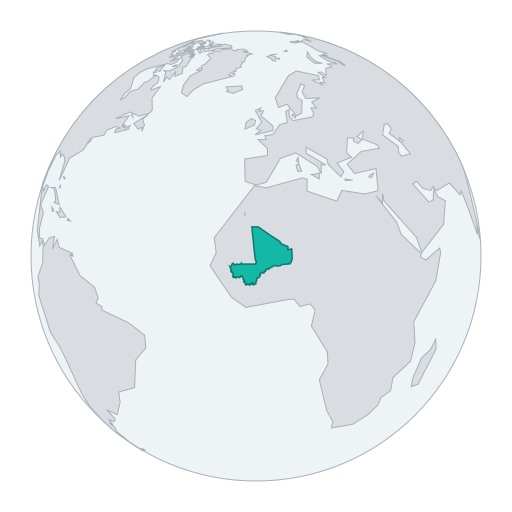 Mali on an orthographic globe
{"feature_id": "MLI", "entity_name": "Mali", "entity_type": "country or territory", "adm_level": 0, "iso_a3": "MLI", "parent_name": "Africa", "parent_adm1": "", "projection": "orthographic", "projection_center": [-5.437, 17.569], "detail": "fine", "context": "on_globe", "style": "filled", "palette": "teal", "viewbox_px": 512, "rotation_deg": 0, "n_neighbors": 0, "source": "natural_earth", "source_scale": "50m", "svg_char_len": 13885}
<svg xmlns="http://www.w3.org/2000/svg" viewBox="0 0 512 512"><circle cx="256" cy="256" r="225" fill="#eef3f6" stroke="#a8b0b8"/><path d="M223.4,33.1L221.2,33.5L194.8,39.5L192.7,41.3L171.7,51.7L176.0,50.5L170.8,54.7L173.8,55.1L169.0,57.6L175.5,55.9L179.3,53.6L183.4,52.3L185.5,52.6L179.8,55.5L178.0,55.8L177.4,56.9L173.6,58.3L176.7,57.8L169.6,61.7L179.7,58.4L176.6,62.0L171.0,64.6L167.7,63.5L146.5,69.0L139.8,72.5L133.8,77.7L130.6,88.6L124.9,93.2L120.0,100.0L124.9,97.4L130.5,91.4L138.5,89.0L144.4,82.5L148.5,80.9L156.1,75.2L159.1,77.2L157.9,82.4L151.7,87.4L151.0,90.1L160.3,86.6L152.0,98.1L152.3,109.8L149.7,113.1L138.6,116.1L130.0,112.0L115.5,118.6L129.1,115.8L122.4,125.1L123.0,127.5L125.9,128.2L130.0,125.4L128.6,129.3L114.7,132.7L115.8,129.3L120.2,128.0L116.1,126.5L106.6,130.1L104.0,135.2L92.6,137.3L90.5,141.1L86.9,144.2L90.9,137.6L83.5,149.8L69.6,158.1L59.2,180.5L64.9,160.8L64.1,156.5L62.2,154.1L60.4,157.6L60.4,151.2L56.1,155.2L48.0,171.3L42.8,186.2L43.4,191.0L46.5,184.7L48.7,186.4L40.7,204.6L43.4,213.1L39.5,228.1L39.4,237.8L42.3,238.5L44.9,245.2L49.0,238.1L54.5,236.4L52.4,249.2L57.2,239.4L59.1,247.3L71.5,253.0L70.0,255.4L80.1,275.6L94.7,287.5L98.1,297.9L96.0,303.0L101.8,306.5L102.0,310.2L128.4,322.7L144.6,335.2L145.8,347.9L135.7,359.9L134.6,387.6L118.7,392.1L120.1,402.4L117.1,414.6L106.7,409.8L115.3,418.9L114.2,421.7L109.0,419.6L113.0,424.7L109.4,423.0L115.3,427.8L116.9,431.8L125.1,438.3L128.2,441.3L133.7,445.1L132.1,444.1L132.4,444.4L114.5,431.3L112.7,429.8L110.5,428.0L102.5,420.2L102.9,420.9L89.4,405.9L82.3,394.5L64.3,355.9L59.5,346.5L50.5,332.2L38.8,295.5L39.3,284.3L37.9,277.0L42.6,262.9L43.1,244.9L41.9,241.0L39.7,246.0L37.3,230.3L38.9,215.8L42.4,184.3L48.3,168.8L55.2,153.8L63.3,139.3L72.4,125.5L82.4,112.4L93.4,100.0L105.3,88.5L118.0,77.9L131.4,68.3L145.6,59.7L160.3,52.1L175.5,45.6L191.1,40.3L207.1,36.1L223.4,33.1ZM55.7,187.7L59.1,204.7L54.1,202.5L55.6,201.2L55.4,195.1L53.9,188.1L50.4,187.4L55.7,187.7ZM64.0,178.3L63.1,176.4L64.4,177.4L64.0,178.3ZM153.9,74.6L155.0,74.9L153.0,75.8L153.9,74.6ZM156.3,72.1L153.2,72.9L153.9,71.8L155.7,71.3L156.3,72.1ZM159.8,71.4L155.4,69.9L156.7,68.1L164.7,64.8L159.8,71.4ZM179.6,52.9L175.7,55.3L177.0,53.1L179.6,52.9ZM179.4,51.9L177.5,48.5L184.4,45.5L183.6,47.0L190.9,43.5L195.1,43.7L192.1,45.7L186.8,47.4L192.5,46.3L179.4,51.9ZM185.1,51.7L184.1,51.0L190.0,48.3L193.0,49.2L190.2,49.7L185.1,51.7ZM190.7,42.7L195.6,41.2L200.4,40.8L202.9,40.2L195.8,43.5L190.7,42.7ZM189.9,50.5L194.4,49.7L193.6,51.3L186.5,52.1L189.9,50.5ZM190.2,47.4L193.2,46.3L192.5,47.1L190.2,47.4ZM193.2,57.4L191.9,56.3L194.8,54.7L193.2,57.4ZM196.2,49.4L196.4,48.8L197.4,48.2L200.2,48.1L196.2,49.4ZM199.7,43.2L200.6,43.5L202.8,41.8L206.5,41.8L201.1,44.1L205.0,43.1L206.1,43.1L200.4,45.0L199.7,43.2ZM206.0,46.3L200.3,49.8L202.1,52.0L199.6,53.4L197.2,49.6L206.0,46.3ZM203.2,45.3L204.3,46.1L200.6,47.2L197.5,47.3L203.2,45.3ZM210.9,41.0L206.7,40.4L208.0,40.0L210.9,41.0ZM207.2,46.6L208.5,45.8L207.8,46.6L207.2,46.6ZM210.6,42.4L208.9,42.2L210.5,41.6L210.6,42.4ZM212.6,44.5L210.8,45.6L208.6,45.6L212.6,44.5ZM212.3,43.4L214.8,42.8L208.9,44.9L211.3,43.3L212.3,43.4ZM212.4,42.0L212.7,41.6L212.8,42.2L212.4,42.0ZM221.8,44.3L214.9,47.0L210.1,46.9L217.5,44.1L221.8,44.3ZM134.9,446.0L134.0,445.3L143.7,451.2L143.0,450.9L134.9,446.0ZM141.0,448.5L142.9,448.8L145.1,450.1L144.3,450.2L141.0,448.5ZM463.1,167.4L462.2,165.4L465.4,174.6L472.1,202.0L476.9,222.9L477.4,234.5L468.6,209.3L461.3,190.9L460.2,194.9L449.3,183.0L436.5,190.7L432.9,186.5L430.9,190.5L422.9,188.4L416.6,181.4L412.7,183.8L429.0,202.2L433.1,199.8L433.8,189.3L437.8,196.7L445.3,200.8L443.7,224.2L421.7,252.6L416.5,237.5L384.0,200.9L383.2,195.9L383.0,195.3L382.4,194.4L382.6,202.9L375.9,195.7L396.6,222.2L401.4,234.6L421.4,253.7L420.3,256.7L425.8,260.0L439.8,247.9L440.6,253.2L435.8,280.8L413.8,321.7L415.0,342.6L410.4,361.3L392.9,377.6L390.6,390.7L381.0,397.5L377.8,405.1L368.0,414.5L352.9,424.2L331.3,428.0L332.9,421.8L326.7,410.5L319.4,379.9L328.0,363.7L327.3,351.7L311.4,326.1L315.1,310.0L310.1,303.9L300.2,306.5L294.0,299.2L287.7,299.5L246.1,307.4L231.6,297.5L210.0,265.7L216.2,252.8L214.2,237.8L254.4,185.7L266.5,187.8L302.2,177.9L307.3,179.2L306.9,191.0L336.8,201.2L341.9,190.4L365.1,194.0L378.1,190.7L376.0,168.6L354.6,173.5L347.2,164.2L361.2,151.5L379.3,148.3L377.0,144.7L362.4,139.0L363.3,131.1L356.9,136.6L361.9,139.6L358.1,143.4L353.3,141.0L353.8,138.1L347.4,137.7L346.6,152.6L351.6,157.3L336.9,163.0L343.8,171.7L340.9,176.9L328.2,164.3L327.0,159.1L306.1,147.2L306.1,153.0L325.8,165.0L321.1,164.6L321.2,173.7L317.4,166.5L295.8,152.9L280.4,158.4L266.4,182.2L256.2,185.0L245.1,181.4L244.6,159.0L267.4,155.5L267.6,148.6L258.2,139.6L265.9,139.6L264.9,135.8L273.0,134.5L279.8,124.5L287.4,122.6L285.6,111.5L289.2,109.3L289.2,116.3L293.3,120.6L311.6,117.1L313.8,114.3L311.1,107.7L316.5,108.0L311.6,102.1L319.8,97.9L305.6,98.4L302.1,91.7L304.6,85.7L300.9,83.9L296.8,93.7L297.4,97.7L302.1,100.8L301.7,113.1L296.4,116.0L287.1,104.2L278.6,107.5L275.2,97.8L288.4,75.7L296.2,71.0L318.6,75.6L319.4,79.8L311.8,79.9L323.0,85.3L320.1,82.2L324.6,82.8L322.3,77.4L325.4,77.6L318.0,72.4L321.5,72.1L326.1,75.5L325.8,68.3L331.8,67.0L330.2,65.3L326.9,63.9L336.8,63.8L335.2,62.6L331.3,62.1L325.7,59.7L319.6,55.6L323.3,55.7L326.1,57.2L337.4,61.0L344.1,65.6L345.0,65.3L340.1,61.5L326.2,56.7L321.5,54.3L328.0,55.9L325.3,55.1L324.1,54.0L326.4,53.2L319.3,51.3L301.2,41.3L303.9,39.5L311.7,41.6L303.1,37.0L306.8,36.9L303.3,36.3L296.7,34.6L295.4,34.5L293.2,34.2L279.7,32.0L295.5,34.2L311.1,37.6L326.4,42.0L341.3,47.5L355.9,54.1L369.9,61.6L383.3,70.2L396.2,79.6L408.3,90.0L419.6,101.2L430.2,113.1L439.8,125.8L448.6,139.1L456.4,153.0L463.1,167.4ZM244.9,211.9L244.8,216.4L244.9,211.9ZM401.6,156.2L410.4,153.8L401.0,142.4L403.6,140.8L399.5,137.8L400.3,141.7L389.3,133.4L391.2,128.5L387.3,123.6L384.2,124.3L382.6,134.9L398.2,146.4L398.5,152.3L401.6,156.2ZM72.0,253.0L73.2,256.2L71.0,255.3L72.0,253.0ZM51.9,207.1L53.3,208.7L53.6,211.4L52.2,211.0L51.9,207.1ZM68.0,218.4L70.4,221.0L67.2,220.4L68.0,218.4ZM60.0,207.0L66.0,216.8L59.9,217.5L56.3,211.5L59.7,212.5L60.0,207.0ZM60.1,184.8L60.7,186.5L59.5,188.5L60.1,184.8ZM64.9,179.1L64.4,179.0L64.8,176.7L64.9,179.1ZM123.2,124.9L124.3,124.7L126.4,126.2L124.0,127.0L123.2,124.9ZM144.5,125.0L141.8,131.3L142.0,127.1L138.1,129.1L133.8,123.5L148.2,114.5L142.5,119.3L144.5,125.0ZM132.1,114.3L133.2,118.3L131.4,114.3L132.1,114.3ZM251.2,118.6L255.5,120.5L254.6,124.9L245.0,129.1L246.2,122.5L251.2,118.6ZM261.8,122.2L255.3,110.4L261.0,108.0L258.9,111.2L263.3,110.8L261.1,116.0L272.9,125.9L272.9,130.6L255.1,134.7L261.0,130.5L256.4,128.7L261.8,122.2ZM228.6,90.5L225.9,87.0L241.8,85.9L242.5,89.5L233.0,93.3L226.5,91.5L228.6,90.5ZM174.9,66.7L172.8,66.5L174.4,65.5L177.5,64.9L174.9,66.7ZM192.3,57.0L185.6,66.8L182.9,66.9L182.3,73.3L174.8,76.4L175.5,72.0L169.3,79.6L166.9,76.9L163.5,82.1L165.8,72.1L163.4,70.5L168.9,71.0L175.8,68.1L178.1,66.3L182.7,60.5L181.0,56.3L187.6,53.4L192.6,52.4L194.0,52.9L189.3,54.6L194.6,54.1L188.9,57.0L192.3,57.0ZM248.4,51.3L242.4,51.5L252.0,53.9L246.3,55.6L247.8,55.8L245.2,58.2L244.6,61.7L241.4,62.2L242.5,63.3L240.8,65.2L241.3,67.1L235.9,68.8L236.0,71.4L233.3,70.8L235.0,75.0L231.3,72.7L228.8,75.4L233.7,76.1L203.2,83.9L193.2,90.0L186.9,96.6L181.4,92.7L183.8,84.5L190.6,75.5L200.9,70.6L196.5,70.2L200.2,67.8L202.1,69.2L201.4,65.8L204.9,64.3L210.9,58.3L207.6,55.0L209.7,53.0L212.8,53.6L212.8,51.2L220.0,51.1L221.7,49.8L230.5,48.7L235.4,51.2L236.9,49.6L243.7,49.1L248.4,51.3ZM224.3,44.0L231.5,45.8L231.9,47.8L216.4,49.0L213.9,50.2L204.0,51.6L203.6,48.8L206.5,48.6L209.1,47.8L208.2,49.0L211.0,47.4L215.0,47.2L218.3,46.0L219.7,46.8L224.3,44.0ZM310.8,174.3L314.3,174.3L319.3,173.0L319.4,179.0L310.8,174.3ZM296.0,165.2L298.9,164.0L301.5,171.2L297.9,171.5L296.0,165.2ZM298.2,157.6L298.8,163.4L296.3,160.4L298.2,157.6ZM291.6,115.1L294.4,113.8L295.6,115.3L295.1,117.9L291.6,115.1ZM275.7,61.2L272.2,60.4L272.5,59.7L267.1,56.5L270.8,55.3L275.6,56.8L275.7,61.2ZM373.7,173.1L371.3,178.0L368.7,176.5L370.0,175.1L373.7,173.1ZM345.1,178.9L352.7,180.2L345.0,180.5L345.1,178.9ZM278.9,59.4L276.3,58.1L279.8,58.4L278.9,59.4ZM273.3,54.4L277.1,54.3L270.7,54.8L273.3,54.4ZM436.0,349.2L418.1,384.1L411.2,386.8L412.8,378.3L421.4,358.1L430.4,349.6L435.7,339.3L436.0,349.2ZM477.3,224.5L479.5,235.2L479.5,238.6L477.3,224.5ZM307.4,52.0L310.7,57.3L315.6,61.3L322.3,63.5L314.3,63.2L306.8,56.9L307.4,52.0ZM301.6,42.3L295.7,41.1L297.2,40.7L298.8,40.9L301.6,42.3ZM298.8,42.3L293.5,43.0L289.6,41.7L294.5,41.4L298.8,42.3ZM286.5,50.0L287.2,51.6L284.3,51.2L286.5,50.0ZM292.7,34.2L289.7,33.8L289.5,33.5L292.7,34.2ZM281.1,32.6L283.5,33.1L279.4,32.5L281.1,32.6ZM289.0,34.5L283.6,33.3L291.0,34.6L289.0,34.5Z" fill="#d9dde1" stroke="#a8b0b8" stroke-width="1"/><path d="M233.2,275.9L233.2,275.6L233.0,275.4L233.0,275.0L233.1,274.5L233.1,274.2L233.2,273.8L233.1,273.6L232.9,273.2L232.6,272.9L232.6,272.6L232.5,272.4L232.3,272.1L232.2,272.1L231.9,272.0L231.7,272.3L231.4,272.1L231.4,271.9L231.1,271.5L230.8,271.0L230.8,270.6L231.1,270.4L231.2,270.1L231.1,269.9L230.9,269.7L231.0,269.3L231.0,268.8L230.8,268.5L230.6,268.3L230.4,268.1L230.2,267.8L230.3,267.3L230.4,267.0L230.0,266.4L230.7,266.7L230.8,266.6L231.0,266.4L231.3,266.1L231.6,265.7L231.7,265.2L231.8,264.7L231.9,264.3L232.1,264.0L232.4,263.7L232.7,263.5L233.1,263.2L233.3,263.3L233.6,263.6L234.3,264.4L234.9,264.9L235.1,265.2L235.3,265.2L235.6,264.7L236.0,264.3L236.1,264.2L236.5,264.1L236.9,264.1L237.2,264.1L237.7,264.2L238.0,264.3L238.9,264.4L239.6,264.3L240.3,264.2L240.8,264.1L240.8,263.9L240.8,263.7L241.1,263.3L241.2,263.9L241.4,264.0L241.8,264.0L242.6,264.0L243.3,264.0L244.1,264.1L244.9,264.1L245.6,264.1L246.4,264.1L247.2,264.1L248.0,264.1L248.7,264.1L249.5,264.1L250.3,264.1L251.1,264.1L251.8,264.1L252.6,264.1L253.4,264.1L254.1,264.1L254.9,264.1L255.7,264.1L255.9,263.0L256.1,261.9L256.3,261.1L255.7,260.4L255.3,259.9L255.2,259.0L255.1,258.0L255.0,257.0L254.9,256.1L254.8,255.1L254.6,254.1L254.5,253.1L254.4,252.1L254.3,251.2L254.2,250.2L254.1,249.2L254.0,248.2L253.9,247.3L253.8,246.3L253.7,245.3L253.6,244.3L253.5,243.3L253.4,242.4L253.3,241.4L253.2,240.4L253.1,239.4L253.0,238.5L252.9,237.5L252.8,236.5L252.7,235.5L252.6,234.6L252.5,233.6L252.4,232.6L252.3,231.6L252.2,230.7L252.2,229.7L252.1,228.7L252.0,227.8L251.9,226.9L253.0,226.9L254.1,226.9L255.3,226.9L256.9,226.9L258.2,226.9L259.3,227.6L260.3,228.3L261.5,229.1L262.6,230.0L263.8,230.8L265.0,231.6L266.2,232.4L267.4,233.3L268.6,234.1L269.8,234.9L271.0,235.7L272.2,236.5L273.4,237.3L274.7,238.1L275.9,238.9L277.1,239.7L278.3,240.5L279.5,241.3L280.1,241.7L280.1,241.9L280.2,242.2L280.2,242.5L280.2,242.8L280.4,243.0L280.7,243.2L281.9,243.8L282.0,243.9L282.0,244.2L282.2,244.5L282.4,244.6L282.7,244.8L283.1,244.8L284.2,244.9L284.4,245.0L284.9,245.6L285.1,245.7L285.8,245.8L286.4,245.9L286.6,245.9L287.0,246.1L287.6,246.3L287.8,246.5L287.9,246.8L287.9,247.4L288.0,247.8L288.1,248.0L288.0,248.3L287.9,248.4L287.9,248.6L287.7,248.8L287.6,249.1L287.7,249.3L287.9,249.4L288.2,249.6L288.4,249.7L288.6,249.7L288.9,249.6L289.8,249.4L290.6,249.2L291.7,248.9L291.8,249.6L291.8,250.6L291.9,251.8L292.0,252.8L292.0,254.1L292.1,255.0L292.1,256.2L292.2,257.3L292.1,257.5L292.1,258.1L292.1,259.0L291.9,259.9L291.5,260.5L291.4,261.2L291.3,261.5L291.2,261.7L291.2,261.9L291.1,262.3L291.0,262.5L290.9,262.6L290.5,262.7L289.8,263.4L289.8,263.9L289.0,263.8L288.1,263.7L287.9,263.8L287.9,264.0L286.7,264.1L285.7,264.2L284.5,264.3L283.6,264.4L282.5,264.5L281.5,264.6L280.8,265.2L280.2,265.7L280.2,265.8L279.3,265.9L278.3,265.8L277.7,265.8L277.4,266.1L276.6,265.9L275.7,265.6L275.1,265.8L275.0,265.7L274.9,265.6L274.6,265.6L274.1,265.6L273.7,265.7L273.2,266.1L272.8,266.5L272.7,266.6L272.1,266.9L271.0,267.4L270.4,267.8L270.2,267.9L270.0,268.0L269.5,268.0L269.2,268.1L268.9,269.1L268.7,269.3L267.3,268.9L267.1,268.9L266.9,269.1L266.1,269.7L265.8,270.2L265.6,270.8L265.6,271.0L265.5,271.3L265.3,271.4L265.2,271.4L264.6,271.3L264.4,271.3L264.3,271.6L264.3,272.3L264.2,272.8L263.8,273.0L263.5,273.1L263.3,273.2L263.1,273.2L262.1,272.5L261.7,272.3L261.3,272.4L260.9,272.7L260.7,272.9L260.5,273.2L260.2,273.5L260.3,273.7L260.5,274.0L260.6,274.4L260.6,274.7L259.7,275.2L259.7,275.4L259.9,275.6L259.9,275.9L259.9,276.5L259.7,276.8L259.4,277.0L259.1,277.4L258.8,277.6L258.5,277.7L257.8,277.9L257.3,278.0L257.1,278.1L256.8,278.3L256.6,278.5L256.5,278.8L256.6,279.1L256.6,279.4L256.7,279.5L256.8,279.7L256.7,280.3L256.5,281.0L256.3,281.3L256.0,281.4L255.8,281.6L255.9,282.0L255.9,282.7L255.9,283.2L255.8,283.5L255.7,283.8L255.7,284.0L255.0,284.0L254.4,284.2L254.2,284.3L254.2,284.5L253.9,284.7L253.7,284.9L253.4,284.9L253.1,284.8L252.9,284.6L253.0,284.4L253.1,284.2L253.0,283.8L252.9,283.5L252.9,283.3L252.9,282.9L252.4,283.0L252.2,283.0L252.2,283.4L252.2,283.5L251.6,283.4L251.3,283.1L251.2,283.2L251.2,283.4L251.1,283.7L251.2,284.1L251.1,284.3L250.9,284.3L250.6,284.3L250.3,284.3L250.1,284.3L250.0,284.5L250.1,284.9L250.1,285.0L249.9,285.1L249.5,284.9L249.2,284.8L248.5,284.6L248.5,284.3L248.4,284.3L248.2,284.1L248.0,283.9L247.9,283.9L247.8,284.0L247.4,284.0L247.1,284.3L246.8,284.7L246.5,284.9L246.2,285.0L246.2,284.7L246.1,284.4L245.2,283.9L245.1,283.7L244.9,283.2L244.9,282.7L244.9,282.4L244.9,282.1L244.9,281.9L244.8,281.7L244.6,281.6L244.3,281.5L243.9,281.7L243.6,281.7L243.9,281.0L244.1,280.8L244.3,280.6L244.5,280.5L244.6,280.4L244.6,280.2L244.3,280.1L243.9,279.8L243.7,279.8L243.6,279.7L243.4,279.3L243.3,279.2L243.1,279.1L243.0,278.5L243.0,278.1L242.6,277.3L242.5,276.9L242.3,276.4L242.2,276.2L241.9,276.0L241.5,275.8L241.2,275.8L240.9,275.8L240.8,276.0L241.0,276.3L241.0,276.6L240.9,276.7L240.5,276.8L240.1,277.0L239.8,277.1L239.6,277.5L239.4,277.6L239.2,277.5L238.4,277.2L237.8,276.9L237.4,276.8L237.2,276.9L236.7,277.1L236.2,277.6L236.1,277.8L235.9,278.0L235.7,278.0L235.6,277.9L235.4,277.4L235.1,277.0L234.9,276.8L234.6,276.7L234.4,276.9L234.2,277.2L233.8,277.4L233.6,277.5L233.1,277.1L232.8,276.8L232.7,276.7L232.8,276.5L233.0,276.2L233.2,275.9Z" fill="#14b8a6" stroke="#0f766e" stroke-width="1.5"/></svg>